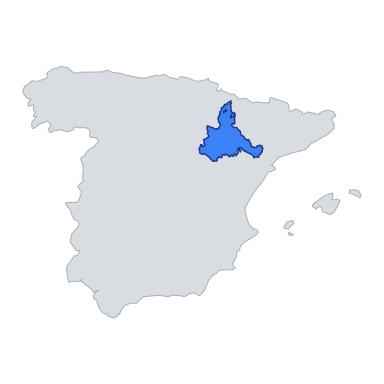 Zaragoza highlighted on a map of Spain
{"feature_id": "ESP-5853", "entity_name": "Zaragoza", "entity_type": "Autonomous Community", "adm_level": 1, "iso_a3": "ESP", "parent_name": "Spain", "parent_adm1": "", "projection": "mercator", "projection_center": [-1.121, 41.843], "detail": "fine", "context": "in_parent", "style": "filled", "palette": "blue", "viewbox_px": 384, "rotation_deg": 0, "n_neighbors": 0, "source": "natural_earth", "source_scale": "10m", "svg_char_len": 9395}
<svg xmlns="http://www.w3.org/2000/svg" viewBox="0 0 384 384"><path d="M208.6,78.3L208.6,79.5L210.6,81.7L216.7,83.1L218.2,84.0L217.9,87.1L216.4,89.8L217.7,91.0L219.2,91.0L220.9,88.8L221.3,90.2L224.0,91.5L230.1,94.0L234.3,94.3L238.7,99.1L245.9,98.2L252.3,102.8L258.4,101.8L259.7,102.7L269.1,102.8L269.6,99.0L270.7,97.5L287.0,102.8L289.0,106.0L288.6,107.6L289.5,111.3L291.6,111.2L295.9,109.1L301.4,111.7L302.9,114.0L304.0,114.2L308.2,111.9L319.5,114.6L319.9,112.8L320.7,112.3L325.5,110.7L327.4,110.3L333.4,111.5L334.1,113.7L335.3,114.5L335.8,116.3L332.3,117.4L331.9,120.6L334.1,123.3L334.3,127.9L328.3,133.9L311.0,143.9L305.3,149.8L292.4,152.9L279.1,157.3L271.2,165.2L273.2,165.8L275.6,168.5L274.8,169.7L271.3,171.5L268.2,172.1L262.4,181.7L254.4,191.7L251.5,196.2L245.2,207.7L245.1,211.1L248.2,222.5L250.0,225.5L252.5,228.0L257.2,230.1L258.4,232.2L256.8,234.2L252.0,237.7L243.8,242.5L240.4,246.3L239.6,249.9L237.2,251.5L236.3,256.6L233.0,263.6L232.8,265.4L235.4,268.0L232.8,269.6L220.2,270.2L212.4,275.7L208.5,280.5L205.0,289.5L200.7,294.7L198.8,295.7L195.9,293.4L192.2,293.0L188.6,293.8L186.8,295.6L183.8,296.7L181.0,295.8L174.8,295.3L172.1,295.4L167.8,296.9L164.1,295.9L157.9,295.4L144.5,296.6L142.8,297.1L136.8,303.1L130.3,303.3L124.4,305.7L120.4,311.5L119.7,314.6L118.5,313.9L117.6,314.1L117.1,316.5L113.1,318.0L108.5,316.1L104.7,313.2L102.7,313.0L99.5,308.5L98.1,305.6L97.1,302.5L97.0,300.3L94.1,299.1L93.4,296.2L95.5,292.5L98.3,290.5L95.7,290.6L93.8,293.0L91.4,289.2L81.7,281.7L82.2,279.0L80.5,281.1L79.4,281.6L74.4,281.2L68.7,282.2L66.2,269.4L67.7,264.9L74.2,256.1L78.2,254.9L79.8,250.4L76.1,250.6L70.2,241.8L71.8,233.6L77.6,227.5L78.6,224.9L78.8,222.7L77.7,221.0L74.5,220.1L71.2,213.6L70.4,209.5L67.7,207.2L65.4,203.1L67.5,202.5L75.9,202.5L77.9,201.4L79.4,198.7L81.0,194.2L81.4,191.4L78.1,187.5L78.0,186.7L78.4,185.4L83.5,181.0L82.5,177.7L83.3,170.8L82.9,166.7L82.3,163.4L80.6,159.1L81.7,157.3L84.4,155.8L86.5,152.3L89.6,149.3L93.7,146.9L98.4,141.7L97.7,139.4L96.0,138.0L90.2,137.0L89.8,136.0L89.8,130.3L88.3,128.0L86.2,128.3L83.0,127.3L82.1,127.9L78.0,127.7L75.1,126.7L73.9,127.6L73.6,129.6L68.7,131.6L66.0,131.6L61.5,129.8L56.4,130.4L55.8,130.0L51.5,132.3L50.1,132.4L48.2,129.6L50.6,125.5L48.5,121.6L47.2,121.4L39.1,124.3L34.5,128.0L32.6,128.5L32.0,127.8L31.7,122.5L36.6,116.8L33.5,116.5L33.7,114.8L35.6,112.2L33.6,110.2L33.6,104.5L29.2,106.3L28.1,106.0L28.0,103.7L30.7,99.1L27.9,98.6L25.7,96.8L23.1,93.0L23.0,91.0L24.5,86.3L28.3,84.1L32.1,80.8L37.3,81.4L45.0,78.7L47.6,77.2L47.6,75.2L46.7,73.8L47.5,72.4L53.7,68.4L57.5,68.0L61.4,66.0L64.0,67.3L66.2,66.9L68.8,68.4L72.3,71.9L77.3,73.3L81.3,72.2L101.7,71.9L107.6,70.1L112.1,72.3L120.8,73.3L126.0,75.1L140.6,78.0L145.8,78.0L156.4,75.1L159.2,75.9L163.5,74.4L165.5,74.7L168.1,76.8L177.4,79.5L179.8,77.2L181.7,76.7L188.3,78.1L195.1,81.0L198.6,81.2L203.7,80.4L208.6,78.3ZM331.8,199.0L334.2,200.1L336.7,199.1L338.0,199.4L339.4,199.9L339.7,202.0L334.3,212.0L330.0,214.8L325.7,212.6L323.2,212.1L322.4,211.3L321.8,208.0L320.7,207.0L319.0,206.6L315.7,209.1L314.7,207.4L313.1,207.1L312.5,206.0L312.5,204.7L322.8,196.9L325.8,195.1L332.1,193.1L333.1,193.4L332.3,194.6L333.1,195.7L331.8,199.0ZM361.0,194.8L360.0,197.7L352.3,193.9L349.8,193.5L349.2,192.9L349.4,190.1L354.6,189.7L358.7,191.1L361.0,194.8ZM289.4,227.1L288.5,229.0L284.7,228.4L283.9,227.6L284.7,225.3L285.8,225.1L285.8,223.5L287.0,221.9L292.4,220.6L293.6,221.7L293.8,223.2L290.6,226.6L289.4,227.1ZM293.1,235.0L292.5,235.4L288.4,235.0L288.3,233.7L289.2,231.9L290.7,233.7L293.1,234.0L293.1,235.0Z" fill="#d9dde1" stroke="#a8b0b8" stroke-width="1"/><path d="M226.5,104.3L227.0,104.3L227.3,104.1L227.4,103.9L227.5,103.5L227.6,103.2L227.6,102.8L227.8,102.6L229.0,102.2L229.3,102.1L229.6,101.9L230.3,101.2L230.8,101.0L230.6,101.9L230.7,102.2L231.3,102.8L231.4,103.2L231.3,103.5L231.0,103.6L230.5,103.8L230.4,103.9L230.3,104.1L230.3,104.3L230.8,105.4L231.0,109.4L231.2,110.2L231.2,110.4L231.2,110.6L230.9,111.2L230.9,111.4L231.0,111.5L232.3,112.3L232.5,113.0L232.4,113.7L230.3,116.9L230.3,117.2L230.5,117.5L230.8,117.7L231.1,117.7L231.3,117.5L231.5,116.9L231.6,116.7L231.9,116.6L232.1,116.5L232.3,116.6L232.7,116.8L232.8,116.9L233.0,116.8L233.2,116.7L233.3,116.5L234.1,114.5L234.1,114.1L233.8,113.2L233.9,112.9L234.5,112.9L234.8,113.1L234.9,113.4L234.9,114.6L235.1,115.7L235.1,116.0L235.0,116.3L234.7,116.9L234.5,117.4L234.8,122.7L234.7,123.2L234.5,123.6L234.2,124.0L233.9,124.2L233.7,124.1L233.3,123.5L233.1,123.4L232.9,123.3L232.7,123.3L232.3,123.5L232.2,123.6L232.0,124.1L231.8,125.2L231.8,125.7L232.1,126.2L233.9,127.5L236.7,127.6L237.1,127.9L238.2,129.8L239.5,130.5L239.9,130.9L240.3,131.4L240.8,134.3L240.9,134.6L241.2,134.9L243.9,136.6L244.0,136.8L244.6,138.2L244.8,138.4L245.5,138.7L246.9,140.2L247.2,140.3L247.4,140.2L248.1,139.6L248.4,139.6L248.7,139.7L249.0,140.0L249.2,140.5L249.6,141.8L250.4,142.9L250.8,143.6L251.6,147.0L252.5,146.7L253.0,146.7L253.4,146.9L253.7,147.3L253.8,147.4L256.0,147.7L256.6,146.5L257.4,145.9L257.9,146.3L258.8,146.0L259.4,145.2L261.8,145.9L261.4,146.4L261.5,147.1L262.1,147.3L262.5,147.7L262.7,148.1L262.8,148.7L262.1,150.1L262.2,150.9L262.3,151.7L262.0,151.9L261.7,152.0L261.4,152.3L261.2,152.5L261.1,152.8L261.0,153.0L261.0,153.3L260.8,153.9L260.7,154.1L260.5,154.3L260.2,154.4L259.8,154.5L259.6,154.7L259.5,154.9L259.4,155.0L259.2,155.0L258.9,155.1L258.7,155.2L258.6,155.4L258.5,155.7L258.5,155.9L258.5,156.2L258.5,156.4L258.7,156.6L258.8,157.0L257.5,157.2L256.9,157.1L256.3,156.8L255.2,156.8L254.9,156.9L254.8,157.0L254.7,157.1L254.5,157.6L254.3,157.8L253.9,157.6L252.9,155.3L252.4,154.9L246.7,152.2L245.5,150.9L244.9,151.4L243.2,150.3L242.6,149.5L242.4,149.0L242.2,148.8L241.8,148.8L241.6,148.7L241.4,147.9L241.2,147.7L239.6,147.7L239.3,147.9L239.3,148.2L239.4,148.6L240.3,150.2L240.7,151.1L240.7,151.3L240.6,151.5L240.5,151.8L240.3,151.8L240.1,151.7L238.4,148.8L238.1,148.6L237.9,148.6L237.7,148.7L237.6,149.1L237.8,151.1L237.3,151.5L238.1,153.0L236.0,155.6L234.9,154.2L234.6,154.0L234.3,154.0L234.1,154.3L233.6,156.0L233.4,156.3L233.1,156.4L232.8,156.3L231.3,155.1L230.0,156.6L229.8,156.7L229.6,156.7L228.7,156.3L228.5,156.2L228.4,155.9L228.4,155.6L226.3,154.1L225.9,154.0L225.7,154.2L225.4,154.8L224.5,155.3L224.2,155.3L223.1,154.8L222.5,154.8L222.3,154.9L222.1,155.1L221.8,155.8L221.7,156.0L221.8,156.4L222.0,156.7L222.1,157.0L222.0,157.3L221.7,157.6L220.2,157.6L219.5,157.0L219.2,156.9L218.9,156.9L218.6,157.0L218.4,157.2L218.2,157.5L218.0,158.0L217.9,158.3L217.7,158.4L217.1,158.6L217.0,158.9L217.0,159.3L217.2,160.0L217.2,160.3L217.1,160.7L216.8,161.0L216.6,161.0L216.1,160.8L215.3,160.9L214.6,161.2L212.9,161.1L212.0,160.3L211.5,159.7L210.1,158.5L209.8,158.1L209.6,157.9L209.6,157.6L209.4,157.4L209.3,157.2L208.0,156.2L207.2,155.7L206.2,154.9L205.6,154.6L205.3,154.4L205.0,154.2L204.9,153.9L204.2,153.7L202.2,154.4L201.9,154.1L201.4,153.7L200.9,153.5L200.7,153.5L200.2,153.4L199.9,153.2L199.8,152.9L199.7,151.7L199.5,150.4L199.5,150.2L199.2,149.6L199.2,148.5L199.3,147.9L199.5,147.7L199.8,147.5L200.0,147.3L200.3,146.9L200.4,146.1L200.5,145.3L200.6,145.1L200.7,144.8L201.0,144.7L201.7,144.8L202.2,144.9L202.3,145.1L202.5,145.3L202.5,145.5L202.5,145.8L202.5,146.3L202.5,146.5L202.9,146.6L203.1,146.5L203.6,146.2L204.0,145.9L204.5,145.8L204.7,145.7L204.8,145.6L204.7,144.2L204.6,143.9L204.4,143.6L204.2,143.4L204.1,143.1L204.0,142.5L204.1,141.4L203.9,140.4L203.7,140.1L203.7,139.8L203.8,139.6L204.1,139.3L204.4,139.2L204.5,139.2L205.2,139.4L205.4,139.3L205.5,139.2L206.1,138.5L206.6,138.2L206.8,138.0L207.1,137.7L207.4,137.5L207.6,137.5L207.8,137.5L208.1,137.4L208.3,137.1L208.5,136.5L208.6,136.2L208.8,135.9L208.8,135.5L208.6,135.1L208.4,135.0L208.3,134.9L208.2,134.6L208.0,134.2L207.6,133.5L207.4,133.3L207.3,133.1L207.4,132.8L207.7,132.3L207.8,132.1L207.9,131.8L208.0,131.6L208.1,131.3L208.1,131.0L207.5,130.3L207.2,129.2L207.0,127.6L207.3,126.8L207.4,126.7L207.2,126.0L207.4,126.0L207.9,126.2L208.1,126.2L209.0,126.3L209.3,126.4L209.5,126.5L210.0,127.1L210.4,127.4L210.9,127.6L211.1,127.6L211.3,127.6L211.8,127.4L212.0,127.3L212.5,127.5L212.9,127.7L213.1,127.8L213.3,128.0L213.5,128.4L213.7,128.6L214.1,128.9L214.6,129.0L215.0,129.1L215.5,129.0L215.9,128.7L216.2,128.7L216.4,128.7L217.1,128.9L217.3,128.9L218.0,129.1L218.2,128.9L218.4,128.6L218.6,128.3L218.9,128.0L218.9,127.6L219.1,127.4L219.4,126.6L219.9,125.8L220.4,125.1L220.5,124.8L220.6,124.2L220.3,123.8L220.1,123.8L219.9,123.7L219.7,123.6L219.4,123.2L219.1,122.5L218.8,122.2L218.6,122.0L218.6,121.8L218.6,121.3L218.5,120.1L218.4,119.8L218.2,119.4L218.1,119.2L218.0,118.9L218.0,118.6L218.4,117.5L218.5,117.0L218.6,116.7L218.8,116.0L219.3,115.2L220.1,114.3L220.2,114.0L220.1,113.8L220.0,113.6L219.8,113.5L219.7,113.3L219.7,113.0L219.7,112.7L219.9,112.1L220.4,111.2L221.1,110.6L221.4,110.0L221.6,109.6L221.6,109.4L221.4,108.9L221.3,108.7L221.4,108.4L221.5,108.1L221.6,107.8L221.8,107.6L222.0,107.4L222.3,107.4L222.7,107.5L222.9,107.5L223.3,107.3L223.4,107.0L223.5,106.7L223.8,106.4L224.4,106.0L224.6,105.8L224.6,105.6L224.2,105.5L224.1,105.4L224.5,105.2L224.6,104.8L224.6,104.6L224.8,104.4L226.3,104.2L226.5,104.3ZM226.5,111.5L226.7,111.4L226.7,111.0L226.3,110.6L226.1,110.5L226.0,110.1L226.0,109.8L225.8,109.8L225.6,109.8L225.3,110.1L225.1,110.7L225.1,111.0L225.3,111.2L225.7,111.4L226.5,111.5ZM223.7,112.5L224.0,112.5L224.3,112.2L224.5,111.7L224.5,111.4L224.3,111.2L224.1,111.4L223.8,111.6L223.6,111.8L223.5,112.2L223.7,112.5Z" fill="#3b82f6" stroke="#1e3a8a" stroke-width="1.5"/></svg>